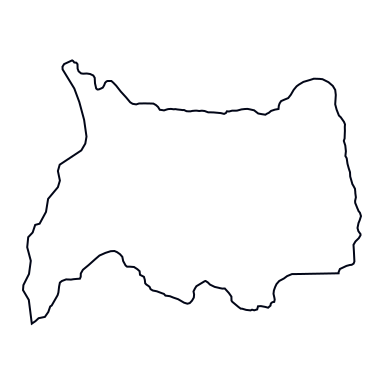 Banyas, Tartus, Syria
{"feature_id": "27442178B62310236233952", "entity_name": "Banyas", "entity_type": "district", "adm_level": 2, "iso_a3": "SYR", "parent_name": "Syria", "parent_adm1": "Tartus", "projection": "albers", "projection_center": [36.094, 35.15], "detail": "fine", "context": "isolated", "style": "outline", "palette": "ink", "viewbox_px": 384, "rotation_deg": 0, "n_neighbors": 0, "source": "geoboundaries", "source_scale": "gbopen_adm2", "svg_char_len": 3620}
<svg xmlns="http://www.w3.org/2000/svg" viewBox="0 0 384 384"><path d="M319.6,78.9L313.9,78.7L310.2,79.9L303.4,81.9L298.9,84.6L296.6,86.3L293.7,89.8L290.8,94.8L288.2,98.1L284.5,99.6L281.1,101.1L279.6,103.4L278.8,105.8L278.5,109.0L275.0,109.6L272.9,110.3L271.1,110.9L268.7,112.9L267.1,113.6L265.4,114.7L262.0,114.2L258.2,113.5L254.1,110.3L250.1,109.4L247.6,108.9L245.0,109.0L241.5,109.4L237.1,110.6L235.2,110.7L232.0,110.7L229.0,111.5L226.9,111.3L225.9,113.0L224.1,113.9L220.9,113.1L216.6,112.7L213.2,112.4L208.1,112.3L204.6,111.0L201.8,110.7L199.2,111.0L197.0,110.7L194.8,110.7L192.4,110.9L190.6,111.3L188.0,111.3L186.5,111.2L184.0,110.0L182.8,110.1L180.6,109.8L177.7,109.5L175.2,109.1L173.9,109.3L170.9,108.9L168.2,109.1L166.7,109.5L164.0,110.4L162.3,110.1L160.8,109.9L159.8,109.8L158.8,108.2L158.1,107.0L156.0,105.1L153.4,103.6L150.1,103.5L144.6,103.4L139.0,103.5L136.2,104.4L132.6,103.8L130.2,102.3L126.2,97.5L120.8,91.6L116.2,85.7L113.4,82.8L111.4,81.0L109.2,81.0L107.6,81.0L106.5,81.4L105.1,82.8L104.7,83.9L104.1,85.4L102.8,87.6L100.8,88.6L98.8,89.4L97.4,89.5L96.2,88.5L95.0,83.3L94.7,77.8L93.3,75.5L90.1,74.0L86.7,73.5L83.2,73.7L81.1,73.4L78.6,71.3L77.6,68.6L77.6,68.2L77.5,64.2L76.3,62.7L74.3,62.5L73.1,61.0L72.1,60.4L64.1,64.1L62.5,66.7L62.6,69.4L74.3,88.5L79.3,102.0L84.1,119.8L86.5,136.6L85.3,143.6L81.3,150.4L59.7,164.7L57.9,171.0L59.9,180.6L57.9,187.2L48.1,198.9L46.0,211.9L39.6,223.7L35.2,224.9L32.7,232.4L32.1,233.1L28.2,237.2L27.6,243.4L27.2,247.2L30.8,260.8L29.0,274.0L23.4,285.1L23.0,290.1L28.8,299.9L31.8,323.6L35.4,321.2L38.6,318.2L44.9,316.9L48.3,312.0L50.2,306.5L51.7,305.5L57.6,295.2L58.4,292.5L59.1,286.5L59.9,282.6L61.9,281.0L66.1,279.4L71.0,279.6L73.5,279.2L76.8,278.9L79.9,278.7L80.7,276.8L80.8,273.5L82.9,269.8L88.7,265.0L95.3,259.1L99.5,255.5L102.7,254.1L105.4,252.9L110.7,251.2L114.4,251.0L117.0,252.1L117.3,252.3L120.0,254.2L122.3,256.8L123.2,261.1L125.6,265.5L127.1,266.7L130.2,266.7L134.0,267.0L137.4,269.2L139.6,271.2L140.0,274.8L143.9,276.8L144.8,279.8L145.2,283.3L146.3,284.5L148.5,286.0L149.6,286.9L150.6,289.2L152.8,290.5L156.8,291.3L162.4,293.4L163.9,293.9L165.4,295.6L165.5,295.6L169.9,296.2L173.4,297.6L178.1,299.2L184.1,302.7L187.4,303.7L189.7,303.1L190.3,302.5L192.0,300.7L193.8,297.6L194.1,294.5L193.5,291.4L195.0,288.4L196.4,286.2L198.9,284.7L204.7,281.2L205.6,281.0L207.8,282.4L210.0,284.6L214.7,286.9L219.1,287.9L219.3,288.0L222.3,288.6L224.8,288.5L228.8,292.9L231.4,296.6L231.5,300.6L232.3,301.8L238.5,307.0L240.8,308.7L242.1,308.7L246.2,309.9L250.6,310.4L252.0,309.7L254.2,310.3L257.2,309.4L258.0,306.3L260.9,306.1L265.2,306.9L268.1,307.7L270.5,305.6L270.7,304.0L271.5,302.8L272.7,302.1L274.2,301.9L274.7,299.6L274.4,297.8L273.5,293.8L273.9,290.5L275.1,287.1L276.5,284.1L279.2,281.0L283.9,278.5L287.1,276.1L291.9,274.1L299.9,274.0L310.2,273.8L322.0,273.6L338.6,273.3L338.6,272.2L339.9,269.0L343.3,267.4L346.5,265.9L349.8,265.0L351.7,264.8L353.6,263.6L354.4,261.5L353.9,251.3L353.5,244.8L355.3,241.7L355.7,241.2L358.8,238.2L360.5,235.3L360.5,234.1L358.4,231.2L357.5,228.0L358.5,223.1L359.7,220.2L361.0,216.1L359.9,212.7L358.5,211.0L357.9,209.4L357.3,208.2L357.2,207.8L355.2,202.9L355.1,200.9L355.9,197.3L355.3,193.0L355.3,192.0L355.1,190.2L355.0,188.8L353.1,185.3L352.4,184.2L351.9,182.4L350.2,176.5L350.0,172.2L349.3,170.1L348.7,168.2L347.5,163.8L346.7,158.3L345.4,156.0L345.9,151.3L345.3,145.6L343.8,140.9L344.6,138.5L344.8,133.2L344.9,131.0L344.9,130.8L344.8,126.9L345.0,124.4L344.0,121.9L340.8,117.3L339.4,116.0L338.9,115.5L336.6,109.6L335.2,104.3L335.8,95.0L335.2,89.9L332.8,85.9L328.5,82.2L322.5,79.2L319.6,78.9Z" fill="none" stroke="#020617" stroke-width="2"/></svg>